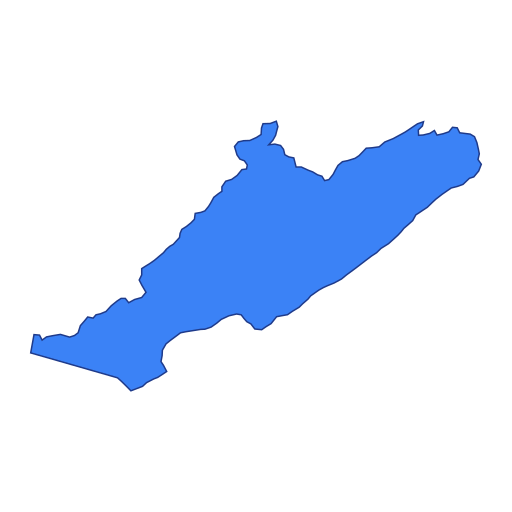 the district of Antonina do Norte, Ceará, Brazil
{"feature_id": "56859067B23036701332693", "entity_name": "Antonina do Norte", "entity_type": "district", "adm_level": 2, "iso_a3": "BRA", "parent_name": "Brazil", "parent_adm1": "Ceará", "projection": "mercator", "projection_center": [-39.98, -6.763], "detail": "fine", "context": "isolated", "style": "filled", "palette": "blue", "viewbox_px": 512, "rotation_deg": 0, "n_neighbors": 0, "source": "geoboundaries", "source_scale": "gbopen_adm2", "svg_char_len": 2576}
<svg xmlns="http://www.w3.org/2000/svg" viewBox="0 0 512 512"><path d="M34.0,334.6L30.7,352.9L117.5,377.8L121.3,381.2L126.2,386.0L130.9,390.8L142.6,386.3L146.6,382.6L153.8,378.9L157.7,377.4L166.7,371.5L163.5,365.4L161.0,361.6L162.1,355.7L162.4,350.2L166.0,343.9L169.8,340.8L177.2,335.3L180.5,332.8L186.0,331.7L194.3,330.4L200.6,329.4L204.9,329.2L211.1,327.1L216.8,323.1L221.2,319.4L228.9,315.8L236.6,314.0L241.2,314.8L244.0,318.5L246.8,321.7L250.9,323.9L254.8,329.0L261.7,329.7L266.0,326.7L271.1,323.6L276.6,316.7L281.3,315.8L287.5,314.7L292.4,311.3L299.2,307.2L302.6,303.8L308.0,299.1L310.6,295.9L314.7,293.0L319.0,290.0L323.5,287.5L327.7,285.6L334.1,283.0L341.5,279.0L346.6,274.8L356.1,267.8L365.1,260.9L371.4,256.1L376.6,252.7L381.0,248.4L388.5,243.7L397.8,235.3L401.0,231.9L403.9,228.3L408.0,224.8L412.7,220.6L415.8,214.9L419.2,212.7L422.6,210.4L427.3,207.3L431.3,203.4L435.7,199.3L442.1,194.3L451.2,188.0L457.5,186.4L463.0,184.4L469.4,178.3L473.8,176.9L478.7,171.0L481.3,164.3L478.0,159.5L479.3,153.8L478.3,148.8L476.9,142.6L474.5,136.7L470.2,134.1L459.7,132.8L457.2,127.8L452.5,127.3L448.9,131.8L443.3,133.7L437.0,135.1L434.4,130.5L429.8,133.4L423.2,135.0L418.6,135.3L418.3,130.0L422.4,126.0L423.5,121.7L417.5,123.8L413.6,126.4L408.6,129.8L405.1,132.1L401.5,134.1L397.8,136.1L393.2,138.6L384.8,142.0L379.2,146.8L371.8,147.8L366.2,148.2L362.4,152.2L359.1,155.6L355.1,158.3L347.8,160.6L342.4,161.7L338.0,165.4L335.6,169.6L333.1,174.4L328.9,179.6L324.6,180.6L321.9,176.2L317.5,174.8L312.7,171.9L308.2,170.2L301.3,167.0L296.1,167.0L295.0,162.7L293.8,157.9L288.8,156.9L284.8,154.7L283.5,149.3L280.6,145.5L274.9,144.1L268.7,144.8L272.9,140.2L275.6,135.3L276.8,130.6L277.9,126.6L276.3,121.2L270.2,123.5L263.0,123.7L261.5,128.0L261.1,134.5L256.4,137.5L249.8,140.5L243.7,140.7L238.3,141.9L234.5,146.5L237.0,154.9L239.9,159.1L244.4,160.8L247.3,165.0L246.5,169.0L241.9,169.6L237.2,175.4L231.7,179.4L225.7,181.2L221.9,186.8L221.9,191.3L218.5,193.6L213.8,197.3L210.7,203.0L208.5,206.5L204.9,210.9L200.8,212.4L195.2,213.4L194.4,219.3L190.9,222.9L186.4,226.5L181.8,229.4L180.1,233.3L179.5,237.5L176.6,240.7L173.3,244.3L169.8,246.3L166.3,249.3L163.5,252.7L160.0,255.6L154.3,260.4L149.4,263.8L145.8,266.0L141.7,268.6L141.7,274.9L139.2,280.0L141.9,285.3L146.0,292.3L141.7,297.5L134.6,299.5L128.7,302.7L125.3,298.4L121.1,298.4L117.0,301.1L111.2,305.8L106.0,311.5L100.4,313.8L96.0,314.8L93.1,318.1L87.7,317.0L84.2,321.3L80.4,325.6L78.1,332.8L74.5,335.5L69.6,337.1L60.4,334.4L53.1,335.6L46.5,336.9L42.1,340.1L39.5,335.1L34.0,334.6Z" fill="#3b82f6" stroke="#1e3a8a" stroke-width="1.5"/></svg>